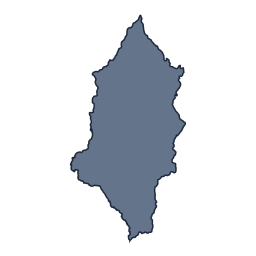 Gómez Plata, Antioquia, Colombia (Equal Earth projection)
{"feature_id": "7082276B25593969980338", "entity_name": "Gómez Plata", "entity_type": "district", "adm_level": 2, "iso_a3": "COL", "parent_name": "Colombia", "parent_adm1": "Antioquia", "projection": "equal_earth", "projection_center": [-75.193, 6.711], "detail": "fine", "context": "isolated", "style": "filled", "palette": "slate", "viewbox_px": 256, "rotation_deg": 0, "n_neighbors": 0, "source": "geoboundaries", "source_scale": "gbopen_adm2", "svg_char_len": 5817}
<svg xmlns="http://www.w3.org/2000/svg" viewBox="0 0 256 256"><path d="M183.6,70.9L183.4,68.3L183.1,67.9L181.1,68.5L180.7,68.4L180.2,67.6L180.2,67.0L180.4,65.9L180.0,65.4L179.2,65.8L178.7,66.3L177.7,68.1L177.4,68.4L176.8,68.6L176.0,68.6L173.9,67.7L172.4,66.6L170.6,66.6L169.9,66.0L169.7,65.6L169.7,65.0L170.1,64.1L170.1,63.3L169.0,61.8L169.0,60.5L168.8,59.9L166.8,58.5L166.4,58.8L166.8,59.5L166.8,59.9L166.6,60.2L165.3,60.9L164.5,60.3L164.1,59.7L163.7,55.5L162.3,52.4L160.3,50.3L158.9,49.5L157.9,48.0L157.7,46.7L157.4,46.2L156.8,46.0L156.3,46.3L155.8,45.4L154.4,44.6L153.4,43.1L152.0,41.8L150.8,39.7L148.2,38.4L147.9,38.0L147.7,36.8L147.2,35.5L146.1,35.1L144.7,33.5L143.7,30.2L143.2,24.9L142.6,23.4L141.3,21.9L141.3,19.6L141.8,19.1L141.9,18.4L141.2,17.2L140.7,15.5L140.5,15.4L139.8,15.9L139.4,17.0L138.9,18.0L138.5,19.6L134.6,22.8L133.8,23.0L133.1,23.5L132.8,25.0L132.0,26.8L130.5,27.8L129.4,27.6L128.1,28.5L127.4,29.4L127.2,30.3L126.7,35.3L125.3,36.8L125.2,38.0L123.9,40.0L121.7,42.0L121.4,42.7L121.3,45.2L121.5,45.9L121.4,47.2L120.8,48.0L119.8,48.3L119.4,48.8L118.8,48.9L118.0,51.4L117.5,52.0L117.3,53.1L116.7,54.0L116.7,54.9L115.4,55.9L115.2,56.5L115.1,57.5L113.6,59.0L113.2,60.2L110.7,60.4L109.9,59.9L109.5,60.5L109.4,61.0L108.5,62.2L108.3,62.7L108.4,63.9L107.8,65.3L106.9,65.7L106.2,66.6L104.9,66.6L103.6,67.1L102.9,67.8L102.6,68.8L102.2,69.5L99.9,69.9L98.2,71.8L96.3,71.5L95.5,71.6L93.5,72.4L92.9,73.0L92.4,74.0L92.5,74.7L94.0,75.6L95.1,77.4L95.7,78.2L95.9,79.2L95.3,81.8L95.3,82.7L96.3,85.3L97.7,86.9L98.1,87.8L96.8,91.5L97.1,94.5L97.0,95.4L96.6,95.9L94.4,96.2L93.8,96.6L92.5,98.6L92.4,102.4L92.7,102.9L93.4,103.1L93.8,103.5L94.1,104.1L94.2,104.9L94.1,107.6L93.1,110.2L93.5,111.8L93.3,112.2L92.6,112.6L89.8,112.6L89.5,112.9L89.4,113.3L89.7,115.0L90.7,116.3L90.5,118.4L91.4,121.3L91.3,122.6L90.4,124.6L90.5,125.7L91.2,126.9L90.6,128.9L90.5,130.2L90.7,130.5L90.9,130.6L91.4,129.3L91.7,129.3L92.0,129.7L92.1,131.0L91.9,132.1L92.5,132.9L92.6,133.2L92.4,136.2L91.6,138.3L91.5,139.0L90.3,139.6L88.9,141.3L88.8,142.4L89.0,142.7L89.0,143.3L88.1,144.9L88.1,146.4L88.3,147.7L88.1,148.5L85.7,150.1L83.4,150.4L81.5,152.5L81.0,152.5L80.3,152.1L79.1,152.1L77.4,152.6L76.1,153.5L75.4,154.7L74.8,155.9L75.1,157.0L74.9,157.4L74.3,157.5L73.7,158.2L73.4,158.2L73.0,157.5L72.2,158.1L72.2,158.5L72.6,159.2L72.5,160.8L71.5,161.9L71.5,163.1L70.7,163.7L70.7,164.9L70.9,165.2L71.4,165.1L71.6,165.8L71.2,167.1L71.3,168.1L71.1,169.0L72.5,170.6L73.1,170.7L73.9,171.3L74.6,170.4L74.8,170.4L74.9,170.8L75.4,169.8L75.8,169.6L76.5,169.7L76.9,170.1L77.6,170.0L78.0,170.3L78.3,170.7L77.9,172.3L77.9,173.1L78.4,176.2L78.4,176.6L77.9,177.0L78.2,178.8L78.7,179.7L80.0,180.1L81.1,180.9L81.4,181.0L82.0,180.8L82.9,181.1L83.5,182.1L83.8,183.0L85.8,183.1L86.9,183.5L88.3,183.7L88.9,184.3L89.2,185.2L89.9,185.1L90.2,185.6L91.4,186.2L93.4,185.9L94.7,185.2L96.3,185.7L97.3,185.4L98.5,186.0L99.8,185.9L100.0,186.1L101.5,189.5L102.6,190.7L103.2,191.9L104.5,193.4L106.1,196.2L106.6,197.3L108.1,198.9L108.4,199.6L108.5,200.9L108.7,201.1L109.0,200.9L109.3,201.4L109.9,201.4L109.9,202.5L110.4,202.8L110.4,203.7L110.7,204.3L110.5,205.5L110.7,205.8L111.9,207.2L112.6,207.2L113.1,207.0L113.6,207.6L113.9,207.1L114.4,207.4L114.8,208.3L115.6,208.6L116.3,210.0L116.7,210.1L117.0,209.7L118.2,210.5L119.1,210.6L119.3,211.0L119.5,212.1L119.8,212.4L121.2,213.4L122.0,213.6L121.8,214.1L122.0,215.2L121.4,216.1L121.5,216.8L122.1,217.1L122.0,217.9L123.4,219.6L124.5,220.3L124.9,220.1L125.7,220.6L125.6,221.3L126.6,222.4L126.6,223.5L126.8,224.0L127.0,224.1L127.3,223.9L127.5,224.8L128.0,225.1L128.3,225.8L128.7,226.0L128.9,226.8L129.7,227.3L129.9,228.4L129.7,228.8L129.2,228.8L129.0,231.2L129.1,231.6L129.5,232.0L130.1,231.9L130.0,233.4L130.3,233.9L129.4,235.3L128.8,235.4L128.4,235.9L128.6,238.0L128.9,239.3L129.9,240.2L129.9,240.6L130.3,240.0L131.3,239.2L132.0,238.1L133.0,237.5L134.9,237.4L135.3,237.2L136.0,236.1L137.8,235.0L138.4,234.0L138.7,232.8L139.1,232.1L139.4,232.0L141.0,232.3L141.7,233.4L142.0,233.5L143.5,232.8L144.2,232.8L144.5,232.3L144.8,232.1L145.9,232.2L146.9,233.0L148.0,233.1L149.4,232.2L150.9,232.2L151.7,231.7L152.0,229.6L152.6,228.0L152.9,225.6L152.3,223.6L152.4,220.8L152.2,219.9L151.9,219.3L151.1,218.9L151.0,217.8L151.8,216.0L152.1,214.4L154.0,212.7L154.3,210.7L155.4,208.1L156.2,207.3L156.5,206.1L156.4,205.7L155.7,205.1L155.5,203.8L155.5,203.2L156.5,202.4L156.6,201.8L156.4,201.3L155.4,200.2L155.2,199.7L155.0,196.9L155.2,195.6L155.1,193.9L154.6,191.1L154.9,187.0L156.2,186.3L157.5,184.6L157.9,182.9L157.7,180.9L157.8,179.9L158.8,179.5L160.3,178.4L160.8,177.9L161.6,176.6L163.8,176.4L164.5,175.7L165.4,175.2L167.5,175.5L169.2,174.8L169.6,174.5L170.5,172.4L171.3,171.7L172.4,171.7L173.5,172.5L174.4,172.7L175.3,172.3L175.7,171.7L175.9,170.8L176.0,167.9L175.6,166.6L175.6,164.0L175.4,163.5L174.4,163.4L172.5,162.5L172.0,161.4L172.2,159.3L173.3,158.1L174.1,155.8L174.9,155.4L175.4,154.7L175.8,152.8L175.8,152.1L175.5,151.5L174.8,151.0L174.4,150.3L173.2,149.5L172.7,148.6L172.9,147.7L173.9,146.8L174.1,146.0L173.9,144.6L173.1,143.7L173.1,143.3L173.9,142.0L174.2,139.6L175.0,138.7L175.5,137.5L176.1,136.8L176.4,135.4L176.7,135.2L177.1,135.7L177.6,135.6L178.6,134.2L179.5,133.3L180.1,132.2L181.5,130.8L183.5,126.6L185.1,124.5L185.3,123.4L185.0,122.4L184.0,122.1L182.9,120.9L181.2,119.9L179.8,118.8L179.4,117.5L179.2,115.3L177.4,112.8L175.8,111.2L173.2,106.5L172.5,104.8L172.4,104.3L172.9,103.1L173.0,101.2L173.5,99.7L173.8,99.2L174.7,98.6L175.1,98.1L175.1,97.3L174.8,96.0L174.9,95.4L175.5,94.9L176.5,95.8L177.1,95.5L177.0,94.4L176.0,93.0L176.0,92.5L176.3,92.0L176.6,91.0L177.6,90.1L178.5,88.7L179.5,87.8L179.7,86.8L180.6,85.1L180.5,83.4L180.2,82.6L178.8,81.0L178.4,80.1L178.8,79.0L179.6,78.4L179.1,77.2L179.5,76.2L180.0,76.0L181.1,76.3L182.2,75.7L182.5,75.2L183.0,73.4L183.9,72.2L183.6,70.9Z" fill="#64748b" stroke="#1e293b" stroke-width="1.5"/></svg>